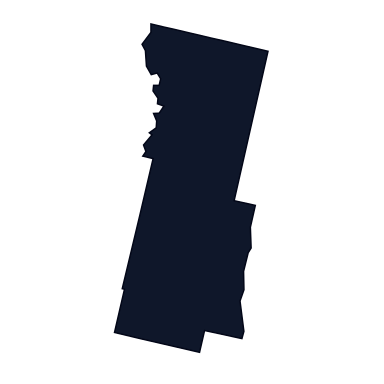 Webster, Louisiana, United States of America, rotated 13°
{"feature_id": "52423323B93386698636065", "entity_name": "Webster", "entity_type": "district", "adm_level": 2, "iso_a3": "USA", "parent_name": "United States of America", "parent_adm1": "Louisiana", "projection": "robinson", "projection_center": [-93.395, 32.714], "detail": "fine", "context": "isolated", "style": "filled", "palette": "ink", "viewbox_px": 384, "rotation_deg": 13, "n_neighbors": 0, "source": "geoboundaries", "source_scale": "gbopen_adm2", "svg_char_len": 774}
<svg xmlns="http://www.w3.org/2000/svg" viewBox="0 0 384 384"><g transform="rotate(13 192 192)"><path d="M114.2,37.5L116.1,45.7L110.1,59.3L114.8,64.7L119.3,79.6L125.9,86.8L131.3,83.9L136.0,88.7L136.0,95.5L130.6,96.7L131.3,102.3L137.8,108.3L138.5,113.8L145.3,114.6L142.3,122.6L136.9,124.1L141.6,130.7L142.7,137.5L137.1,143.9L140.2,145.3L134.2,157.1L138.0,162.9L136.0,168.1L146.6,168.2L146.4,227.7L145.8,301.9L148.1,301.9L148.1,337.6L148.1,346.3L177.3,346.5L235.4,346.5L235.4,324.1L273.6,323.6L273.9,316.1L263.3,287.4L264.6,275.6L260.1,257.7L260.4,238.5L262.2,233.3L256.8,213.2L256.7,190.8L235.0,191.0L234.4,37.8L204.8,37.7L204.7,37.7L191.1,37.6L175.4,37.7L137.1,37.5L127.6,37.6L127.1,37.6L114.2,37.5L114.2,37.5Z" fill="#0f172a" stroke="#020617" stroke-width="1.5"/></g></svg>